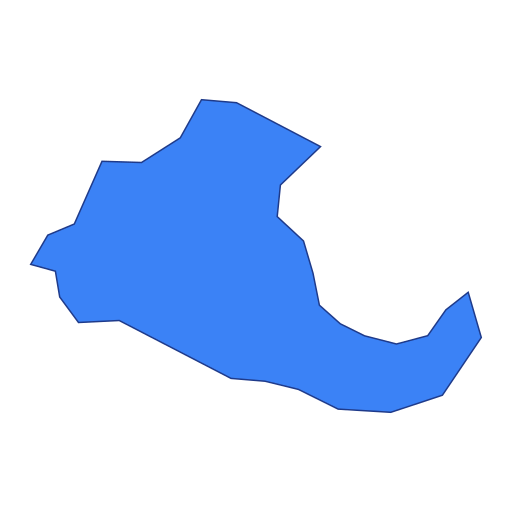 map outline of Tbilisi (orthographic projection)
{"feature_id": "GEO-3036", "entity_name": "Tbilisi", "entity_type": "Independent City", "adm_level": 1, "iso_a3": "GEO", "parent_name": "Georgia", "parent_adm1": "", "projection": "orthographic", "projection_center": [44.846, 41.71], "detail": "fine", "context": "isolated", "style": "filled", "palette": "blue", "viewbox_px": 512, "rotation_deg": 0, "n_neighbors": 0, "source": "natural_earth", "source_scale": "10m", "svg_char_len": 508}
<svg xmlns="http://www.w3.org/2000/svg" viewBox="0 0 512 512"><path d="M201.5,99.7L236.5,102.7L320.5,146.6L280.4,185.0L277.2,216.6L303.5,241.0L313.0,273.2L319.4,305.2L340.3,323.8L364.5,335.8L396.4,344.0L427.7,335.7L445.9,309.8L468.2,292.3L481.3,337.5L442.4,395.2L390.8,412.3L338.1,409.1L298.4,389.4L264.9,381.2L231.0,378.4L119.2,320.5L78.5,322.5L59.7,297.0L55.4,271.2L30.7,264.4L47.8,235.1L74.3,224.0L102.0,161.3L141.5,162.5L180.3,137.8L201.5,99.7Z" fill="#3b82f6" stroke="#1e3a8a" stroke-width="1.5"/></svg>